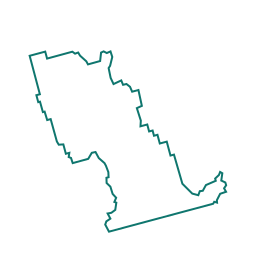 the district of Bannock, Idaho, United States of America, rotated 165°
{"feature_id": "52423323B14195379184896", "entity_name": "Bannock", "entity_type": "district", "adm_level": 2, "iso_a3": "USA", "parent_name": "United States of America", "parent_adm1": "Idaho", "projection": "orthographic", "projection_center": [-112.285, 42.639], "detail": "fine", "context": "isolated", "style": "outline", "palette": "teal", "viewbox_px": 256, "rotation_deg": 165, "n_neighbors": 0, "source": "geoboundaries", "source_scale": "gbopen_adm2", "svg_char_len": 1276}
<svg xmlns="http://www.w3.org/2000/svg" viewBox="0 0 256 256"><g transform="rotate(165 128 128)"><path d="M48.1,50.2L51.5,53.1L48.6,59.9L50.4,61.7L52.3,59.1L56.9,56.6L56.9,54.3L67.5,52.7L72.0,48.0L75.0,48.4L77.5,44.9L82.9,48.0L89.9,60.1L90.5,90.4L94.1,90.4L94.1,104.8L101.3,104.8L101.3,113.8L104.9,113.8L104.9,119.2L108.5,119.2L108.5,126.4L115.5,126.4L113.7,131.8L114.3,144.9L108.9,145.8L108.1,162.0L114.6,162.0L115.4,167.3L118.1,170.9L121.6,171.0L122.2,175.7L130.6,174.2L131.8,180.9L131.2,190.9L129.2,192.7L124.8,200.7L125.1,206.5L129.1,205.9L131.7,208.3L134.5,207.8L137.6,199.9L150.2,199.8L151.0,203.2L155.6,210.3L156.6,213.8L159.9,213.5L162.0,216.1L188.2,216.0L188.2,223.2L204.3,223.2L204.4,183.4L208.0,183.4L208.0,176.2L206.2,176.2L206.1,165.4L204.3,165.4L204.0,156.6L200.4,156.6L200.2,133.4L199.2,129.8L194.7,128.9L194.7,119.2L191.1,119.2L192.8,115.3L190.8,113.8L190.5,108.4L174.4,108.5L169.4,113.4L165.6,113.2L164.0,106.5L159.8,100.2L159.1,97.3L158.4,90.5L159.5,85.5L161.7,85.5L162.9,80.4L160.2,75.9L159.9,68.3L157.5,63.7L160.3,60.1L158.6,58.9L161.5,52.2L166.0,50.4L169.8,50.7L168.5,45.0L173.1,43.4L175.0,40.6L173.2,32.8L65.3,32.8L63.8,34.4L61.3,32.9L60.9,35.2L56.0,40.6L49.8,41.0L50.8,44.9L48.0,47.3L48.1,50.2Z" fill="none" stroke="#0f766e" stroke-width="2"/></g></svg>